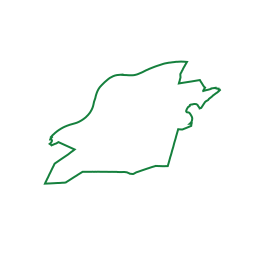 Wijk bij Duurstede, Utrecht, Netherlands (Robinson projection), rotated 151°
{"feature_id": "6326949B81496240199161", "entity_name": "Wijk bij Duurstede", "entity_type": "district", "adm_level": 2, "iso_a3": "NLD", "parent_name": "Netherlands", "parent_adm1": "Utrecht", "projection": "robinson", "projection_center": [5.33, 51.991], "detail": "fine", "context": "isolated", "style": "outline", "palette": "green", "viewbox_px": 256, "rotation_deg": 151, "n_neighbors": 0, "source": "geoboundaries", "source_scale": "gbopen_adm2", "svg_char_len": 5480}
<svg xmlns="http://www.w3.org/2000/svg" viewBox="0 0 256 256"><g transform="rotate(151 128 128)"><path d="M199.6,157.5L199.3,157.1L199.1,156.8L199.9,156.5L201.2,156.0L201.4,155.9L201.5,155.8L201.6,155.7L201.4,155.6L201.2,155.5L201.0,155.4L200.8,155.2L200.6,154.9L200.6,154.7L200.5,154.4L200.6,154.0L200.6,153.9L200.8,153.6L201.0,153.4L201.5,153.0L201.9,152.8L202.5,152.5L202.8,152.3L203.3,152.2L203.7,152.2L204.2,152.1L203.4,150.5L203.3,149.9L202.0,149.8L201.7,149.7L201.2,149.7L200.3,149.6L199.9,149.6L199.0,149.4L198.5,149.3L197.8,149.3L197.5,149.3L197.0,149.3L195.7,149.4L190.3,142.1L185.1,135.1L186.8,134.8L189.5,134.5L191.3,134.2L193.1,133.9L195.3,133.7L202.3,133.1L206.2,132.7L208.4,132.5L209.2,132.4L209.4,132.4L210.6,131.6L211.2,131.1L212.0,130.6L213.9,129.3L216.3,127.6L217.7,126.6L218.9,125.8L219.9,125.1L221.2,124.1L221.8,123.7L222.2,123.4L223.6,122.5L224.3,122.0L224.6,121.7L225.9,120.9L226.8,120.2L227.2,119.9L227.6,119.6L225.2,118.4L224.8,118.2L222.4,117.0L218.9,115.3L217.4,114.6L217.2,114.5L213.9,112.8L212.7,112.3L212.1,112.0L209.7,110.8L209.2,110.7L208.9,110.6L208.7,110.5L208.3,110.6L208.2,110.6L204.7,110.8L198.5,111.2L195.8,111.3L195.1,111.4L189.3,111.7L189.1,111.7L188.9,111.7L188.7,111.6L187.7,111.0L185.3,109.7L183.9,108.9L182.6,108.2L180.2,106.9L178.8,106.1L178.3,105.8L178.0,105.7L177.0,105.1L176.7,104.9L176.4,104.8L175.8,104.5L173.9,103.4L170.7,101.6L169.8,101.1L167.5,99.8L166.2,99.0L163.2,97.4L161.8,96.6L160.6,95.9L159.7,95.4L159.3,95.2L159.0,95.0L158.7,94.8L158.4,94.5L158.0,94.3L156.3,93.3L155.4,92.8L155.1,92.6L153.2,91.7L152.7,91.4L152.1,91.0L151.2,90.3L150.9,90.1L150.6,89.9L150.4,89.7L150.1,89.3L149.5,88.5L149.2,88.2L148.7,87.3L148.4,87.0L148.2,86.9L147.9,86.7L147.2,86.2L146.5,85.7L145.8,85.3L145.7,85.3L145.3,85.2L144.6,85.2L142.6,85.2L142.1,85.2L141.7,85.1L140.2,84.8L136.6,84.2L131.1,83.2L130.0,83.0L129.7,82.9L129.0,82.8L125.8,82.2L122.8,81.5L122.6,81.5L122.4,81.5L122.2,81.4L121.2,80.8L120.9,80.7L120.7,80.5L119.6,79.8L118.7,79.3L116.4,77.9L114.0,76.6L111.7,75.4L111.4,75.7L108.9,78.2L108.1,79.0L104.9,82.3L103.8,83.3L103.4,83.7L102.2,84.9L100.4,86.8L97.6,89.5L94.6,92.7L91.6,95.6L89.8,97.5L89.5,97.8L87.8,99.5L85.3,102.0L84.7,102.6L83.7,101.9L83.4,101.7L81.5,100.5L81.3,100.4L81.0,100.3L78.5,100.0L78.0,99.9L71.7,99.2L70.5,100.8L70.2,101.1L70.7,101.3L71.2,101.4L71.5,101.6L71.9,101.8L71.1,102.0L70.7,102.1L70.0,102.4L69.8,102.5L69.5,102.6L69.3,102.8L69.1,103.0L68.6,103.3L68.3,103.7L68.1,103.9L67.7,104.5L67.4,104.8L67.2,105.2L67.0,105.7L66.9,105.9L66.8,106.5L66.7,107.1L66.7,107.8L66.7,109.5L66.9,110.9L66.9,111.2L67.1,111.7L67.2,111.8L67.4,112.1L67.6,112.3L67.8,112.5L68.2,112.7L68.4,112.9L68.9,113.3L69.0,113.4L69.0,113.5L69.0,114.2L69.0,114.5L68.9,114.6L68.7,114.9L68.3,115.1L68.1,115.4L67.8,115.7L67.5,115.9L67.2,116.1L65.5,117.1L65.3,117.1L65.1,117.2L63.8,117.2L63.7,117.2L63.6,117.3L63.4,117.3L63.2,117.7L63.1,117.8L62.8,118.0L62.6,118.1L62.0,118.0L61.8,118.0L61.5,118.0L61.3,117.9L61.1,117.8L60.8,117.6L60.7,117.5L60.0,117.4L59.4,117.2L58.7,117.0L58.1,116.7L57.2,116.1L56.9,115.9L56.6,115.6L56.2,114.8L56.0,114.4L56.0,114.1L56.0,113.9L56.0,113.2L55.8,111.6L55.8,111.4L55.7,111.3L55.7,110.9L55.7,110.7L55.8,110.4L54.2,110.1L49.9,112.4L48.9,112.9L48.2,113.3L46.9,113.6L46.5,113.6L46.2,113.6L45.2,113.6L44.9,113.6L44.5,113.6L44.4,113.6L43.3,114.1L43.1,114.2L42.7,114.3L41.1,114.5L38.8,114.9L38.3,115.1L37.6,115.3L37.0,115.3L34.9,115.6L34.3,115.7L33.5,115.7L32.1,115.9L31.7,116.0L31.0,116.1L30.0,116.4L28.4,116.8L30.3,117.2L29.7,118.5L31.2,119.4L31.2,119.6L32.1,120.3L31.9,120.7L34.4,121.6L35.9,122.2L36.0,122.1L36.3,122.0L36.5,122.0L37.6,122.2L38.4,122.4L39.2,122.6L39.6,122.7L40.9,123.1L44.1,123.9L44.3,123.9L44.3,124.0L44.2,124.1L43.8,124.4L41.0,126.0L41.3,126.6L41.5,127.4L41.6,128.4L41.6,128.7L41.7,130.3L41.7,131.1L41.9,133.4L41.9,135.1L50.1,138.0L57.7,140.8L61.9,142.3L61.7,142.5L61.1,143.2L60.5,143.7L60.2,143.9L59.4,144.9L58.2,146.1L58.0,146.3L57.9,146.4L57.7,146.6L57.5,146.9L57.3,147.3L57.0,148.0L56.5,149.0L56.3,149.3L56.2,149.6L55.7,150.1L54.4,150.8L53.4,151.6L52.0,152.4L51.7,152.7L50.5,153.5L49.6,154.1L48.6,154.6L48.3,154.8L48.2,154.9L48.1,155.0L46.9,155.7L46.2,156.1L44.4,157.2L45.9,158.2L47.0,158.9L48.3,159.7L49.7,160.5L51.1,161.2L52.6,161.9L53.9,162.6L55.5,163.2L57.4,164.0L59.0,164.6L60.6,165.3L63.0,166.1L64.5,166.6L66.1,167.0L67.7,167.3L69.3,167.6L72.9,168.3L74.7,168.6L77.6,169.0L79.2,169.2L80.8,169.4L82.5,169.5L84.2,169.7L87.6,169.8L89.3,169.9L90.9,170.1L92.9,170.3L94.2,170.5L95.8,170.9L97.3,171.4L98.8,172.1L100.1,172.8L101.5,173.6L102.6,174.3L104.1,175.3L105.7,176.2L107.4,177.3L107.2,177.5L111.9,179.6L113.9,180.2L115.9,180.5L119.7,180.6L121.8,180.3L126.2,179.4L128.3,178.8L130.4,178.2L131.3,177.9L132.5,177.5L133.0,177.3L134.6,176.5L135.4,176.0L136.6,175.2L137.0,174.9L138.0,174.1L138.7,173.5L140.3,172.0L141.4,170.8L142.2,169.9L145.0,167.4L146.8,165.3L148.3,163.7L148.7,163.4L149.1,163.0L150.4,162.0L151.1,161.5L152.1,160.9L152.7,160.5L153.5,160.1L154.4,159.6L155.1,159.4L155.7,159.1L157.1,158.6L158.2,158.3L158.9,158.1L159.9,157.8L161.3,157.6L162.5,157.4L163.9,157.3L164.9,157.2L166.1,157.2L167.4,157.2L168.0,157.2L168.7,157.3L169.2,157.3L170.0,157.4L171.1,157.6L171.6,157.7L172.9,158.0L175.9,158.7L177.6,159.1L178.4,159.2L180.1,159.5L181.9,159.7L182.7,159.8L184.5,159.9L185.5,159.9L186.8,159.9L188.2,159.8L189.0,159.8L189.7,159.7L190.8,159.6L191.6,159.5L193.2,159.2L193.9,159.1L195.1,158.8L196.8,158.4L197.4,158.3L198.4,157.9L199.6,157.5Z" fill="none" stroke="#15803d" stroke-width="2"/></g></svg>